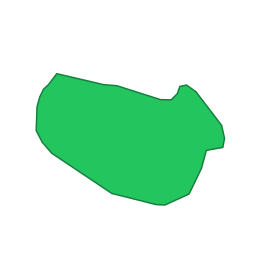 SVG path tracing the border of Horjul, rotated 208°
{"feature_id": "SVN-250", "entity_name": "Horjul", "entity_type": "Municipality", "adm_level": 1, "iso_a3": "SVN", "parent_name": "Slovenia", "parent_adm1": "", "projection": "mercator", "projection_center": [14.289, 46.02], "detail": "fine", "context": "isolated", "style": "filled", "palette": "green", "viewbox_px": 256, "rotation_deg": 208, "n_neighbors": 0, "source": "natural_earth", "source_scale": "10m", "svg_char_len": 465}
<svg xmlns="http://www.w3.org/2000/svg" viewBox="0 0 256 256"><g transform="rotate(208 128 128)"><path d="M96.5,193.4L85.1,191.9L46.6,174.3L37.9,164.2L35.2,155.4L48.3,145.0L44.2,126.8L43.1,98.4L59.2,77.4L67.1,73.6L111.6,62.6L183.4,69.9L197.0,75.1L207.9,82.7L218.4,104.3L220.5,114.2L220.8,122.6L218.6,128.9L216.4,142.5L170.0,154.8L157.7,160.1L112.7,168.3L103.1,173.1L100.6,181.3L101.7,189.1L96.5,193.4Z" fill="#22c55e" stroke="#15803d" stroke-width="1.5"/></g></svg>